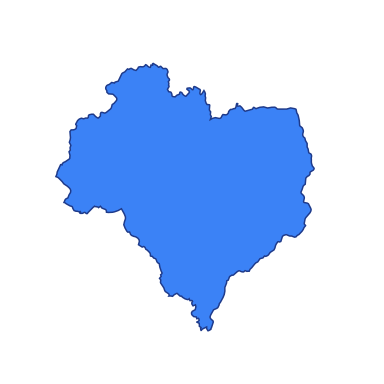 the district of Huu Lung, Lạng Sơn, Vietnam, rotated 162°
{"feature_id": "81297802B35079403712963", "entity_name": "Huu Lung", "entity_type": "district", "adm_level": 2, "iso_a3": "VNM", "parent_name": "Vietnam", "parent_adm1": "Lạng Sơn", "projection": "mercator", "projection_center": [106.335, 21.575], "detail": "fine", "context": "isolated", "style": "filled", "palette": "blue", "viewbox_px": 384, "rotation_deg": 162, "n_neighbors": 0, "source": "geoboundaries", "source_scale": "gbopen_adm2", "svg_char_len": 6025}
<svg xmlns="http://www.w3.org/2000/svg" viewBox="0 0 384 384"><g transform="rotate(162 192 192)"><path d="M103.5,118.5L99.6,120.6L97.8,122.0L96.5,123.5L94.5,124.8L94.3,125.1L95.0,126.4L95.0,127.4L92.8,131.4L91.8,132.4L86.2,135.8L84.9,137.1L84.2,138.3L84.1,139.7L84.9,144.8L85.8,145.8L88.5,147.3L88.9,147.9L88.8,148.6L87.2,151.2L86.8,152.4L87.0,154.1L88.5,157.0L88.4,158.2L86.4,160.5L84.6,163.1L83.6,163.8L81.9,164.4L79.5,170.0L77.5,171.2L76.0,171.4L75.2,171.8L74.2,172.6L73.8,174.0L73.3,174.5L69.9,175.3L69.1,175.9L68.6,176.6L68.7,177.5L69.5,179.5L69.5,182.4L69.2,183.8L68.5,185.8L68.1,187.4L67.2,189.1L67.0,190.1L67.2,191.4L68.5,192.8L68.8,193.4L68.3,197.1L68.6,199.2L67.5,202.6L68.2,205.8L68.0,208.4L68.9,209.9L69.2,211.4L68.8,212.9L67.4,215.1L67.1,216.3L67.3,218.9L69.1,221.8L67.9,226.7L67.4,231.6L67.4,232.7L67.9,234.8L67.5,238.5L68.4,239.4L72.3,241.5L76.3,241.6L84.7,244.3L85.3,244.7L86.3,246.4L87.1,247.1L90.2,248.0L94.1,248.5L97.5,250.8L101.3,251.6L105.4,251.5L107.0,253.4L107.5,253.4L108.9,252.1L116.5,252.4L117.3,253.5L118.6,257.1L119.5,258.7L119.8,259.1L122.0,259.5L122.4,259.9L122.2,260.9L121.2,261.6L121.6,262.2L122.0,262.3L122.4,262.0L123.9,259.3L125.2,258.1L126.7,258.4L128.6,258.2L129.6,258.6L130.2,258.5L132.2,257.3L133.2,255.7L134.7,254.9L136.0,254.9L138.6,256.1L139.6,255.5L141.4,253.7L142.4,253.4L143.5,253.6L146.8,255.5L149.7,255.7L152.2,255.2L150.3,257.8L150.7,259.8L149.5,262.5L150.0,264.0L150.1,264.8L148.3,269.1L148.5,269.6L150.7,270.6L151.1,272.2L151.1,274.8L149.9,277.4L149.8,279.3L148.9,281.3L148.9,283.0L149.3,284.8L152.3,282.3L153.6,281.9L154.0,282.6L154.0,283.6L152.7,285.9L152.7,287.0L156.1,290.8L157.3,291.6L157.9,291.4L159.0,289.4L159.6,289.0L160.2,289.3L161.0,290.8L161.7,291.6L163.8,292.1L164.7,292.1L165.1,291.3L163.6,289.1L163.6,287.8L164.2,287.2L168.1,285.0L168.7,285.2L169.8,286.4L170.5,287.7L171.0,289.7L172.0,290.6L172.7,290.6L173.7,288.9L176.6,288.7L178.7,287.7L180.9,288.8L181.3,289.6L180.9,291.3L181.1,293.2L181.5,293.7L183.2,294.6L183.6,297.3L181.3,299.3L181.1,300.2L181.3,300.8L180.5,302.2L180.4,304.3L179.0,305.2L178.7,305.8L178.7,306.6L179.5,308.2L179.6,310.5L179.3,311.7L177.7,313.6L177.7,315.9L178.1,316.9L178.7,317.6L181.4,318.3L182.9,321.2L183.3,321.3L184.8,320.9L185.3,321.0L186.2,322.9L189.2,326.3L189.9,326.1L190.3,324.8L191.8,325.4L192.9,323.6L193.2,323.4L194.1,323.9L195.2,325.2L196.0,326.8L196.8,327.4L198.3,326.4L199.6,326.2L200.7,326.4L202.4,327.2L204.3,327.3L205.6,326.0L207.7,324.9L209.6,326.2L211.5,328.3L212.5,328.5L214.1,328.1L215.3,329.0L218.8,327.0L221.4,326.6L222.2,326.2L227.9,320.2L231.2,320.3L232.0,319.6L234.6,321.0L237.3,319.9L239.3,319.8L240.3,319.5L241.5,318.4L242.0,317.4L242.1,316.2L241.7,314.8L242.1,313.1L241.0,311.1L237.3,309.6L236.7,309.0L235.2,306.1L234.6,304.5L234.9,303.3L235.4,302.5L238.6,300.5L240.9,299.8L242.7,297.0L243.7,296.2L248.6,294.3L249.7,294.0L250.8,294.1L253.0,295.6L254.0,295.7L254.9,294.8L255.7,292.5L258.1,291.3L259.0,291.7L260.4,293.6L261.7,296.4L263.5,297.0L265.6,297.2L266.5,297.0L267.0,296.4L267.5,295.1L268.5,294.5L270.2,295.2L272.4,295.1L274.5,296.4L276.7,296.2L278.7,295.3L281.6,292.5L281.7,292.0L281.2,290.7L282.6,288.2L283.7,287.8L285.3,287.7L287.8,288.4L289.4,287.2L290.8,281.2L291.8,279.2L293.3,277.2L292.8,273.8L294.3,271.8L294.8,269.4L296.5,268.3L296.7,264.6L297.9,261.7L298.6,261.3L303.0,260.0L305.4,259.7L307.0,258.6L307.2,258.0L308.5,258.6L314.0,252.7L315.0,250.7L316.7,248.7L315.0,247.3L314.2,245.9L312.2,241.9L311.4,239.4L308.7,236.0L307.3,233.5L306.9,232.2L306.9,230.7L307.7,229.1L309.9,227.2L311.9,224.7L313.8,224.5L314.9,224.0L317.0,221.6L316.3,221.2L315.2,219.6L312.3,216.5L310.7,215.4L310.4,214.8L310.4,213.2L309.9,210.8L308.5,209.7L306.6,208.9L305.4,207.9L304.5,208.1L304.3,207.5L305.1,207.2L305.2,206.7L304.6,206.1L302.5,205.5L301.6,205.8L300.7,205.9L300.0,205.5L299.2,204.2L298.6,203.9L298.1,203.9L297.4,204.5L290.7,208.0L289.1,208.6L288.7,208.0L287.7,207.8L287.2,207.3L286.3,207.0L285.7,206.0L283.5,206.8L282.6,204.5L279.8,202.2L279.3,201.4L279.2,200.9L279.6,199.2L277.9,198.4L273.9,197.3L271.7,197.1L267.9,197.2L264.3,197.9L263.2,192.2L263.0,188.9L263.6,187.0L265.3,184.8L267.0,181.9L266.8,178.4L266.1,174.9L265.5,173.7L263.7,173.2L263.5,170.6L262.9,169.4L261.1,167.8L259.5,166.9L257.8,164.9L257.1,162.9L257.4,161.1L259.2,158.4L256.4,155.0L254.8,155.1L254.2,154.5L253.8,153.7L253.6,151.8L252.5,150.5L250.9,147.3L250.8,145.8L251.3,144.1L251.0,143.7L249.6,143.0L248.9,141.1L247.3,139.8L247.0,139.1L246.9,136.4L246.2,134.9L245.3,134.0L245.8,130.5L245.8,126.6L245.5,124.2L246.1,123.5L247.4,123.0L247.4,121.3L249.6,119.9L248.9,118.0L249.9,115.8L249.9,115.0L248.4,109.5L248.4,106.7L248.1,105.5L246.4,103.4L245.5,102.0L245.6,100.7L246.2,100.2L244.6,99.8L242.7,98.8L240.7,99.8L238.1,100.3L237.5,100.2L235.5,96.7L234.0,96.1L233.7,95.0L231.6,92.5L229.4,91.0L228.3,90.9L227.7,91.3L227.5,89.3L225.8,88.9L225.4,88.6L225.3,87.7L226.2,87.0L226.6,86.2L226.7,85.2L226.2,83.4L223.6,83.6L223.8,81.6L225.3,79.1L228.7,78.4L229.8,77.3L230.1,76.1L230.0,75.1L228.9,73.0L226.5,71.8L226.6,70.0L225.0,69.9L224.7,69.2L224.9,67.6L226.3,67.0L227.5,66.9L227.6,66.7L225.7,64.9L226.5,61.9L225.3,60.4L226.1,59.3L226.2,57.6L225.9,57.5L224.8,58.3L223.5,58.6L219.8,59.1L220.3,57.6L219.7,55.1L219.0,55.0L216.5,55.5L216.2,56.3L215.6,56.7L211.9,61.8L211.9,63.1L213.2,65.2L213.6,66.7L213.4,67.7L212.2,69.3L207.9,73.3L204.2,73.7L203.1,74.1L201.2,76.1L200.6,77.3L199.1,78.3L195.1,82.1L193.0,84.6L191.4,87.5L190.3,91.0L187.3,94.7L186.4,96.8L184.7,97.0L182.7,99.6L182.2,100.0L179.8,100.6L178.8,100.2L178.1,100.3L173.5,102.3L171.8,102.6L171.2,102.4L169.7,101.0L168.2,100.2L167.5,100.1L165.8,100.8L164.4,99.6L162.0,99.0L160.8,100.5L158.5,101.6L154.7,104.1L153.1,104.9L151.1,105.2L147.9,107.6L144.9,107.4L142.9,108.7L141.7,108.0L139.7,108.2L138.7,108.6L136.3,110.4L131.9,111.6L130.4,113.2L129.0,115.4L127.7,116.7L125.8,118.1L125.2,118.1L124.1,117.4L122.8,117.5L119.8,121.7L118.4,122.4L115.9,122.4L115.2,122.1L112.8,120.0L110.8,119.3L108.5,117.4L107.0,117.2L105.3,118.2L103.5,118.5Z" fill="#3b82f6" stroke="#1e3a8a" stroke-width="1.5"/></g></svg>